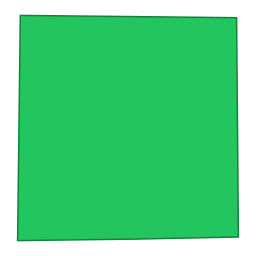 the district of Irion, Texas, United States of America
{"feature_id": "52423323B54674882577965", "entity_name": "Irion", "entity_type": "district", "adm_level": 2, "iso_a3": "USA", "parent_name": "United States of America", "parent_adm1": "Texas", "projection": "equal_earth", "projection_center": [-101.026, 31.304], "detail": "fine", "context": "isolated", "style": "filled", "palette": "green", "viewbox_px": 256, "rotation_deg": 0, "n_neighbors": 0, "source": "geoboundaries", "source_scale": "gbopen_adm2", "svg_char_len": 198}
<svg xmlns="http://www.w3.org/2000/svg" viewBox="0 0 256 256"><path d="M20.3,15.4L17.6,240.6L135.4,239.1L238.4,237.0L236.6,17.7L20.3,15.4Z" fill="#22c55e" stroke="#15803d" stroke-width="1.5"/></svg>